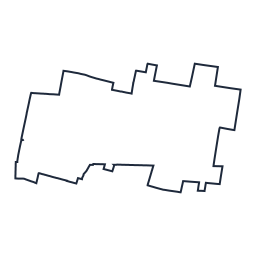 Dragos Voda, Calarasi, Romania (Equal Earth projection)
{"feature_id": "2599482B24421220796675", "entity_name": "Dragos Voda", "entity_type": "district", "adm_level": 2, "iso_a3": "ROU", "parent_name": "Romania", "parent_adm1": "Calarasi", "projection": "equal_earth", "projection_center": [27.177, 44.458], "detail": "fine", "context": "isolated", "style": "outline", "palette": "slate", "viewbox_px": 256, "rotation_deg": 0, "n_neighbors": 0, "source": "geoboundaries", "source_scale": "gbopen_adm2", "svg_char_len": 4702}
<svg xmlns="http://www.w3.org/2000/svg" viewBox="0 0 256 256"><path d="M219.7,184.1L219.8,183.4L221.1,174.9L222.5,166.3L213.5,166.1L213.7,164.4L214.5,159.0L216.3,147.5L218.1,136.2L219.4,128.8L219.6,128.1L220.0,127.5L224.6,128.4L227.2,128.9L233.5,130.0L234.4,130.1L234.5,129.4L237.2,112.1L239.2,99.7L239.6,96.9L240.2,92.6L240.6,89.6L230.5,88.2L222.7,87.0L215.0,85.8L217.9,67.0L204.1,65.1L194.8,63.7L193.1,71.6L191.7,78.2L191.6,78.5L191.5,79.0L190.9,81.7L189.8,86.5L187.4,86.1L171.8,83.6L167.9,82.9L164.0,82.3L153.9,80.8L154.1,79.7L154.4,78.0L156.9,65.4L152.3,64.6L147.7,63.7L147.4,64.2L147.3,64.8L145.8,72.3L141.2,71.5L136.5,70.7L136.0,70.7L135.9,70.9L135.6,72.5L135.2,74.3L134.9,75.8L134.8,76.3L134.6,77.1L134.4,78.1L134.2,78.9L134.0,79.9L133.8,81.0L133.6,81.7L133.3,82.6L133.2,83.0L133.3,83.1L132.7,86.6L132.5,87.7L132.3,89.0L131.8,92.2L131.6,93.6L130.4,93.3L128.7,93.0L126.3,92.6L124.1,92.1L123.3,92.0L122.8,91.8L121.3,91.5L120.5,91.5L117.7,90.9L116.2,90.6L114.1,90.2L112.0,89.8L112.0,89.4L112.3,88.1L112.5,86.9L112.8,85.5L113.1,84.2L113.4,82.8L107.1,81.2L103.1,80.2L100.6,79.6L98.1,78.9L96.6,78.6L94.0,77.8L91.3,77.0L89.2,76.3L86.4,75.2L85.4,74.9L84.8,74.7L82.2,74.2L80.7,73.9L79.3,73.5L78.1,73.2L77.5,73.1L76.8,73.0L73.8,72.5L71.3,72.0L70.6,71.9L67.8,71.4L65.6,71.1L63.5,70.8L63.2,72.6L63.0,73.6L62.1,78.3L60.9,84.7L60.8,85.4L60.2,88.6L59.3,93.3L59.1,94.7L56.1,94.5L53.5,94.3L50.5,94.2L49.9,94.2L47.0,93.9L45.6,93.8L45.0,93.8L44.6,93.8L43.9,93.7L43.5,93.7L42.0,93.6L41.0,93.6L40.4,93.5L39.8,93.5L39.1,93.4L38.2,93.4L37.7,93.3L37.3,93.3L36.8,93.3L35.7,93.2L35.4,93.2L35.0,93.2L34.9,93.2L33.5,93.1L32.6,93.0L31.9,92.9L31.2,92.9L30.8,94.2L29.6,99.5L28.8,103.5L28.1,106.7L27.2,110.8L27.1,111.4L26.8,112.5L26.6,113.9L26.3,115.4L26.1,116.4L25.8,117.8L25.6,118.8L23.5,128.6L21.6,137.7L21.3,139.4L21.3,139.6L21.5,139.7L22.8,139.8L22.9,140.0L22.5,140.1L21.9,140.0L21.4,140.0L20.0,146.2L18.2,155.2L17.9,157.3L17.7,158.3L17.6,159.2L17.4,160.4L17.3,161.5L17.3,162.0L17.1,162.0L16.8,162.0L16.7,162.0L15.8,162.0L15.8,162.7L15.7,163.7L15.7,164.0L15.7,164.5L15.7,165.1L15.7,166.3L15.6,167.6L15.6,168.1L15.6,169.9L15.5,171.6L15.5,172.9L15.5,174.1L15.4,175.3L15.4,176.4L15.4,178.4L16.6,178.5L18.4,178.6L20.2,178.6L21.9,178.6L22.6,178.6L23.2,178.6L23.7,178.7L24.4,178.8L24.9,179.0L25.5,179.3L26.1,179.5L27.5,180.0L29.2,180.6L29.8,180.8L30.8,181.2L33.1,181.9L34.2,182.3L35.2,182.8L36.3,183.2L36.4,182.6L36.7,181.7L36.8,181.0L37.0,180.2L37.2,179.5L37.4,178.6L37.6,177.8L37.8,176.9L38.0,175.9L38.2,175.0L38.4,174.2L38.6,173.5L38.6,173.3L38.7,173.2L38.8,173.2L39.1,173.2L39.3,173.2L39.9,173.4L40.4,173.5L41.2,173.8L42.6,174.2L43.7,174.4L44.5,174.7L45.4,174.9L46.2,175.1L46.7,175.3L46.9,175.3L47.8,175.6L48.9,175.9L49.5,176.0L51.1,176.5L52.4,176.9L53.2,177.1L54.3,177.4L55.2,177.6L55.8,177.8L56.6,178.0L57.2,178.1L57.7,178.2L59.4,178.7L60.0,178.8L60.9,179.1L62.0,179.4L63.1,179.7L64.8,180.1L67.0,180.7L66.9,181.0L68.1,181.3L69.8,181.8L72.2,182.4L74.3,183.0L76.3,183.5L78.0,178.1L82.0,179.2L82.1,178.7L82.0,178.3L82.2,177.8L82.5,177.2L83.2,175.9L83.5,175.2L83.5,174.7L83.6,174.3L83.7,174.0L84.0,173.7L85.0,172.6L86.3,171.1L86.5,170.8L86.7,170.5L87.2,169.6L88.2,167.9L88.6,167.1L89.2,166.1L89.6,165.5L89.9,164.9L93.0,164.9L93.2,164.4L93.3,164.0L94.4,164.0L95.9,164.1L97.0,164.1L98.6,164.1L100.0,164.2L101.2,164.2L102.6,164.2L104.3,164.3L104.9,164.3L104.5,165.8L103.6,169.0L112.3,171.3L113.8,166.7L113.9,166.2L114.0,165.8L114.0,165.3L114.0,164.9L113.9,164.8L114.7,164.8L115.3,164.8L116.0,164.8L116.3,164.8L116.6,164.7L116.8,164.7L117.0,164.6L117.3,164.6L117.7,164.6L119.1,164.7L120.3,164.7L121.1,164.7L121.9,164.8L123.4,164.8L124.4,164.8L125.1,164.8L125.4,164.9L126.0,164.9L127.0,164.9L127.7,164.9L128.9,164.9L129.9,165.0L130.8,165.0L131.9,165.0L132.9,165.0L134.3,165.1L135.5,165.1L137.4,165.1L138.2,165.1L138.9,165.2L140.4,165.2L141.7,165.2L143.0,165.3L143.3,165.3L144.2,165.3L144.9,165.3L145.7,165.3L147.9,165.4L150.7,165.5L153.4,165.6L153.2,166.2L152.8,167.6L152.4,168.9L152.3,169.3L152.0,170.3L151.7,171.1L151.4,172.3L151.0,173.6L150.7,174.6L150.4,175.7L150.1,176.6L149.7,178.0L149.5,178.7L149.3,179.3L149.0,180.4L148.5,182.0L148.3,182.7L148.0,183.6L147.7,184.8L147.6,185.2L147.6,185.3L148.0,185.4L149.3,185.8L151.3,186.4L152.8,186.8L155.8,187.7L160.2,188.9L162.1,189.4L163.1,189.7L164.2,189.8L165.5,190.0L169.1,190.6L173.4,191.2L177.6,191.8L179.1,192.1L180.6,192.3L181.0,190.8L181.9,186.6L182.6,183.6L183.1,181.1L183.3,181.1L190.6,181.7L199.1,182.3L199.0,183.3L198.7,184.8L198.3,187.3L198.1,189.0L197.8,190.7L199.3,190.8L201.1,190.8L202.8,190.9L204.5,191.0L204.5,190.9L204.8,189.4L205.2,187.1L205.5,185.0L205.9,182.8L208.5,183.1L214.8,183.7L216.9,183.9L219.7,184.1Z" fill="none" stroke="#1e293b" stroke-width="2"/></svg>